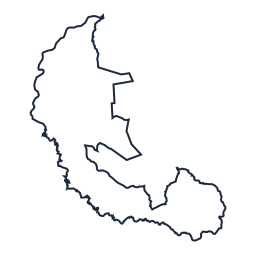 Jussara, Goiás, Brazil
{"feature_id": "56859067B37096608449564", "entity_name": "Jussara", "entity_type": "district", "adm_level": 2, "iso_a3": "BRA", "parent_name": "Brazil", "parent_adm1": "Goiás", "projection": "mercator", "projection_center": [-51.315, -15.527], "detail": "fine", "context": "isolated", "style": "outline", "palette": "slate", "viewbox_px": 256, "rotation_deg": 0, "n_neighbors": 0, "source": "geoboundaries", "source_scale": "gbopen_adm2", "svg_char_len": 5772}
<svg xmlns="http://www.w3.org/2000/svg" viewBox="0 0 256 256"><path d="M32.7,118.9L38.7,122.2L43.2,123.7L45.1,126.5L45.6,127.2L45.6,128.8L46.0,129.6L45.2,129.7L45.7,130.4L45.1,131.1L44.9,132.3L44.1,132.8L44.0,133.7L43.0,133.9L42.7,135.3L44.7,134.5L43.9,135.7L44.7,136.1L46.3,135.4L46.2,136.1L46.7,137.2L48.3,138.0L49.6,140.2L50.4,140.8L51.5,140.5L53.8,138.5L55.3,140.1L54.5,141.0L54.5,141.8L55.1,142.3L55.1,144.7L56.0,144.9L55.9,143.8L56.8,143.0L57.3,143.6L58.0,146.0L57.0,146.8L56.9,147.8L57.5,148.6L56.7,149.4L57.1,150.9L58.7,151.6L58.5,152.5L57.6,153.5L60.8,154.6L60.8,155.2L59.9,156.0L59.7,156.8L59.6,158.3L60.2,159.9L61.6,160.8L61.0,161.3L60.1,160.5L59.4,160.3L59.4,161.2L58.2,161.8L57.9,162.7L58.3,163.4L58.2,165.7L59.3,166.1L60.1,165.8L61.2,166.8L66.9,168.8L68.0,170.5L66.6,173.2L66.5,174.1L67.0,175.2L66.7,175.9L65.8,176.4L64.3,176.3L65.0,177.0L66.1,177.4L66.0,179.0L65.1,179.8L65.0,180.6L65.3,181.3L66.2,182.2L66.8,181.7L66.2,180.8L67.1,180.7L67.7,180.1L68.0,180.7L68.6,180.8L69.3,182.6L68.6,182.5L67.2,183.4L66.9,184.3L67.8,185.4L67.2,186.2L67.5,187.4L67.1,188.7L67.9,188.2L68.9,188.7L73.9,188.5L75.4,189.8L76.8,190.0L77.4,190.6L76.8,191.3L78.7,191.7L80.0,193.0L81.3,197.6L84.0,197.5L85.5,197.2L85.9,196.3L86.6,196.0L86.4,196.8L86.9,197.2L87.5,196.2L88.4,196.5L88.1,197.4L89.0,197.8L89.7,198.5L88.9,199.0L88.7,200.5L87.6,201.9L88.0,202.9L89.4,202.6L89.9,203.0L89.1,203.4L89.3,204.0L90.4,204.0L90.9,204.3L91.9,205.6L93.0,206.3L93.1,207.2L94.1,207.2L94.4,207.8L93.6,208.2L93.5,208.8L94.1,209.1L94.6,208.5L95.3,208.6L94.9,209.4L95.3,209.9L96.2,209.0L96.9,209.5L96.9,210.3L97.5,210.8L97.1,212.3L98.5,212.7L99.3,214.8L100.0,215.3L102.7,216.2L103.5,215.8L105.4,213.8L108.7,213.3L109.1,215.0L110.1,215.5L111.4,215.4L112.1,216.3L112.8,215.7L112.9,217.1L112.5,217.6L112.6,218.3L113.9,217.8L113.6,219.2L113.9,219.8L115.1,220.4L116.1,219.6L118.5,220.4L121.0,223.2L121.9,223.7L123.6,222.2L123.6,221.3L124.4,220.9L127.0,218.2L128.5,217.3L129.2,217.8L129.8,217.0L131.0,216.6L131.4,217.4L132.2,217.2L133.2,217.7L133.6,220.0L134.8,221.3L136.4,221.6L137.8,221.1L138.3,220.4L139.9,219.2L140.9,219.7L142.6,219.7L143.3,220.0L143.1,220.6L143.8,220.5L144.4,220.1L144.8,219.1L145.5,218.8L146.0,219.1L146.2,220.0L147.3,221.0L148.1,220.6L149.6,221.9L152.0,220.9L153.1,221.0L155.5,222.8L156.7,222.3L157.8,222.6L158.4,223.1L158.8,224.5L160.1,224.7L160.5,223.9L162.7,222.4L163.7,222.7L164.2,223.8L166.0,224.3L169.8,226.9L171.2,229.3L172.6,229.5L174.3,231.8L175.2,232.3L175.1,232.9L175.8,233.4L176.7,233.2L177.8,234.9L179.5,235.4L180.7,234.4L181.3,233.2L182.9,232.6L183.8,232.9L185.7,232.6L186.1,233.4L189.1,233.7L191.0,236.0L192.2,239.6L192.7,240.1L194.3,240.6L196.2,240.2L200.4,238.3L201.3,236.0L200.9,234.9L201.0,233.9L202.8,231.6L206.9,232.1L209.1,231.2L209.7,231.4L211.9,232.0L213.4,233.7L214.8,234.0L216.6,232.0L219.1,228.3L221.0,228.3L221.4,227.7L221.3,224.8L221.9,222.3L221.4,219.8L219.3,217.7L219.3,216.8L220.0,216.5L221.1,217.0L223.3,216.2L223.7,215.2L223.3,214.0L223.4,212.5L224.2,210.6L225.2,209.2L225.4,208.1L225.2,206.6L224.1,205.4L223.0,202.3L222.1,202.0L221.2,200.7L221.0,199.7L221.6,196.4L220.5,194.4L220.4,192.5L220.0,191.8L219.3,191.1L217.9,190.7L217.2,187.8L214.4,185.2L211.7,184.1L209.0,184.2L205.3,183.7L204.2,184.0L203.0,182.9L201.9,183.5L201.2,183.1L199.8,182.9L199.2,181.0L198.5,180.6L195.3,180.4L194.2,179.3L194.4,177.3L192.5,175.3L191.8,175.5L192.0,174.6L188.8,172.4L188.0,171.5L188.3,170.5L185.5,169.3L181.8,168.7L180.6,169.3L179.7,169.3L178.5,169.0L177.4,167.7L176.8,168.0L178.8,171.6L178.9,173.4L178.1,173.7L176.1,179.3L175.7,181.5L170.3,183.6L170.0,184.7L167.2,186.3L167.5,187.4L166.5,189.2L166.5,190.2L165.9,191.2L165.2,191.7L165.6,192.7L165.0,195.6L165.3,196.6L166.2,197.5L166.7,200.5L166.6,201.2L165.0,203.5L165.4,204.2L162.1,204.4L152.2,209.4L150.0,205.9L150.8,205.3L150.4,204.1L150.6,202.4L151.2,201.4L149.6,200.1L149.3,199.4L149.6,197.6L149.0,195.1L147.9,194.7L144.6,190.5L144.1,187.6L144.3,185.9L141.7,186.6L139.4,186.4L137.8,187.3L134.8,187.0L133.6,185.9L132.9,185.9L130.1,186.6L128.7,187.6L127.4,187.9L126.2,187.7L123.7,185.7L118.5,183.1L116.7,181.9L111.7,177.4L109.6,176.0L108.4,173.4L106.6,172.0L102.9,170.4L98.9,170.8L97.6,170.1L96.9,168.8L96.8,165.9L96.2,165.2L96.1,164.2L93.4,161.8L92.5,161.8L90.9,161.3L89.7,159.7L88.2,159.2L87.1,157.5L86.6,155.4L86.5,149.1L85.1,145.4L92.3,146.4L93.8,147.7L94.6,149.7L97.4,150.9L96.7,149.4L97.2,147.8L97.4,145.8L98.0,144.5L100.0,143.0L104.8,145.1L108.9,148.3L110.8,148.7L126.7,160.0L141.1,154.6L131.6,144.4L126.5,131.0L128.7,119.5L126.8,120.1L123.7,119.6L122.4,118.3L116.3,115.9L115.3,116.4L114.4,116.5L112.5,118.0L111.7,103.3L114.5,103.1L113.5,84.4L132.8,81.1L129.2,73.2L121.6,74.4L120.6,74.2L98.4,67.4L98.0,66.9L98.2,66.1L97.7,61.1L97.2,59.1L98.4,53.9L97.8,52.5L97.2,52.0L96.9,49.7L95.1,48.3L94.7,47.3L95.0,46.4L93.8,44.4L93.4,42.1L92.6,41.4L93.2,41.0L92.3,40.4L92.7,39.6L92.3,38.9L92.8,37.7L92.7,36.9L93.4,36.6L92.8,35.7L92.8,34.0L93.3,32.2L94.3,30.4L95.2,30.2L95.5,28.8L94.8,27.8L94.8,27.0L95.4,25.8L95.0,24.4L95.4,23.5L96.4,22.9L97.6,21.5L99.6,20.7L100.2,19.6L103.4,18.1L103.0,15.4L101.4,17.1L100.0,17.6L99.0,17.6L97.1,16.6L94.0,16.0L88.7,17.0L87.9,17.7L85.2,22.8L81.5,25.6L80.3,26.1L77.1,26.3L74.1,27.6L69.8,27.5L68.1,28.0L66.7,29.3L64.1,36.6L63.6,37.3L60.7,38.4L56.6,42.8L56.0,43.7L54.6,47.9L54.1,48.5L51.8,50.0L48.3,50.5L43.9,52.2L43.1,52.5L42.5,53.4L42.4,54.4L42.8,55.8L42.7,58.8L39.0,64.9L38.3,68.3L38.9,69.7L39.6,69.9L41.9,69.5L42.9,69.8L43.5,70.4L43.7,71.9L42.7,73.6L36.7,77.3L34.9,81.9L34.3,85.4L35.0,89.2L35.9,90.3L38.0,91.8L38.8,95.1L38.1,96.6L36.0,97.9L34.9,99.2L33.1,102.7L33.2,104.3L34.3,106.5L34.2,107.6L33.5,108.9L31.5,110.8L30.6,113.2L30.9,114.5L32.4,116.4L32.7,118.9ZM96.9,209.5L96.6,208.6L97.0,207.9L98.0,207.8L98.1,208.9L96.9,209.5Z" fill="none" stroke="#1e293b" stroke-width="2"/></svg>